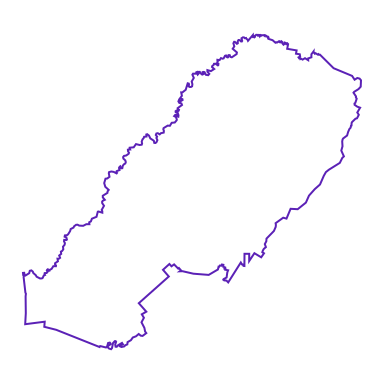 the district of Manawatu District, Manawatu-Wanganui, New Zealand
{"feature_id": "76426892B10896556014", "entity_name": "Manawatu District", "entity_type": "district", "adm_level": 2, "iso_a3": "NZL", "parent_name": "New Zealand", "parent_adm1": "Manawatu-Wanganui", "projection": "mercator", "projection_center": [175.693, -40.12], "detail": "fine", "context": "isolated", "style": "outline", "palette": "violet", "viewbox_px": 384, "rotation_deg": 0, "n_neighbors": 0, "source": "geoboundaries", "source_scale": "gbopen_adm2", "svg_char_len": 5867}
<svg xmlns="http://www.w3.org/2000/svg" viewBox="0 0 384 384"><path d="M357.3,78.0L354.6,79.7L352.1,75.9L333.6,68.2L320.0,54.7L319.0,54.8L318.5,54.1L317.8,54.6L315.7,53.3L314.9,53.7L314.5,52.8L313.4,52.7L313.5,51.5L311.4,54.3L311.4,57.3L308.2,58.4L308.2,60.2L305.0,58.2L302.6,59.6L300.9,58.6L300.3,59.0L299.9,57.8L299.1,58.2L298.7,57.6L299.3,57.5L299.3,56.8L300.1,56.4L299.8,54.3L296.0,53.7L296.6,50.4L287.2,48.8L288.1,44.1L287.3,43.3L286.2,44.2L285.4,43.5L285.6,42.9L284.8,42.6L284.4,44.0L283.5,44.7L282.4,43.4L282.6,42.3L281.4,41.3L280.8,42.1L279.6,41.2L279.0,41.3L279.1,41.9L278.5,41.6L276.9,42.6L276.1,42.2L275.4,42.7L272.6,40.2L268.3,38.8L268.0,38.0L268.5,37.3L268.1,36.7L266.4,36.5L266.4,35.9L265.1,35.2L264.5,35.1L264.4,35.7L263.9,35.3L261.6,35.2L261.2,35.6L260.8,35.2L260.4,35.7L260.4,35.1L259.8,35.0L259.3,35.9L258.7,35.1L258.0,35.6L257.6,34.9L256.2,34.8L255.1,35.8L255.1,36.7L254.3,37.4L253.9,37.2L254.2,36.1L253.0,36.7L252.9,35.0L248.0,40.8L247.5,39.6L246.1,38.5L246.0,38.0L244.8,38.2L244.2,37.5L243.0,37.3L241.5,38.3L242.2,40.9L241.8,41.5L240.9,41.4L239.7,40.1L238.5,40.0L237.7,41.3L237.8,43.3L236.9,43.8L234.8,41.8L234.1,41.8L233.4,43.3L234.3,46.4L232.7,48.8L236.9,52.4L236.6,54.1L231.8,57.3L230.4,56.9L229.7,55.1L228.6,55.1L228.0,57.3L227.4,57.4L226.6,56.9L226.3,55.5L225.7,55.5L225.0,55.8L223.6,58.4L222.5,58.7L221.0,58.1L219.6,60.1L217.4,59.8L217.4,60.9L217.8,61.3L217.0,63.1L218.4,63.7L218.3,65.1L217.9,65.4L215.3,63.7L214.0,63.8L213.8,64.7L212.2,66.1L212.0,67.0L214.2,69.0L210.9,71.1L207.4,70.1L207.4,71.7L209.3,73.9L208.2,75.2L205.9,74.8L204.5,72.1L203.2,71.9L202.7,72.1L203.4,74.1L202.4,74.6L201.6,74.3L199.8,71.9L199.2,71.9L198.8,73.4L197.7,74.6L197.2,73.5L198.2,72.5L197.6,71.8L196.3,72.2L195.9,73.7L193.0,73.7L192.4,74.7L193.8,77.9L191.7,81.5L192.4,84.2L192.1,86.3L190.9,87.0L189.4,86.9L188.7,86.3L189.0,84.5L188.8,83.6L187.7,83.3L185.7,89.8L182.4,92.4L181.2,92.4L181.9,95.8L179.8,98.6L182.4,99.1L182.6,100.0L180.6,101.2L179.0,100.0L178.4,101.4L179.3,102.9L181.4,103.4L182.0,105.0L177.6,108.2L177.7,109.0L179.0,109.8L178.7,110.7L178.1,111.1L176.4,110.6L175.6,111.2L175.7,112.1L177.7,112.9L178.5,115.3L178.3,116.7L177.4,116.4L176.7,114.7L175.2,114.9L174.2,116.1L175.9,117.0L176.8,119.4L176.7,120.2L174.8,122.5L171.7,122.8L169.9,125.8L167.7,125.6L163.6,128.1L163.3,129.2L163.9,130.9L163.7,132.6L160.9,133.2L159.7,134.4L157.8,133.2L156.4,133.5L155.8,135.0L157.1,136.7L156.4,138.0L157.4,140.1L156.4,142.3L155.4,143.0L154.3,142.9L153.8,140.7L150.3,138.4L149.0,135.6L147.2,134.2L146.3,134.5L146.5,136.5L144.1,136.8L143.6,138.2L142.5,139.4L141.7,141.6L142.1,143.6L141.7,144.7L139.6,145.0L136.0,144.1L133.7,147.3L129.6,147.7L129.5,148.3L130.1,149.5L127.9,149.7L128.0,151.2L129.0,152.8L128.6,153.8L126.2,155.5L124.0,155.9L123.1,157.1L123.4,158.6L125.3,160.4L125.8,162.1L125.3,163.5L123.9,164.3L122.8,165.7L122.3,168.2L121.1,168.3L120.3,166.3L119.7,166.7L119.0,167.9L119.5,170.1L116.7,171.1L116.3,172.2L117.0,172.9L116.6,173.4L113.7,171.9L111.3,171.5L109.1,172.1L108.8,173.2L109.5,176.8L107.2,178.5L105.5,178.7L104.2,183.1L105.3,186.8L108.7,189.9L107.6,191.3L107.4,192.9L102.8,195.7L102.8,197.4L104.8,199.8L102.7,200.8L102.1,201.8L102.2,203.1L104.0,205.8L101.7,209.9L102.3,211.2L102.3,212.7L98.5,211.5L97.8,211.7L96.5,216.8L91.9,218.7L90.9,221.4L89.2,222.3L89.4,224.2L86.3,224.2L83.2,225.8L79.2,225.6L77.6,224.7L76.1,224.8L74.1,226.3L73.5,227.6L70.7,229.0L70.1,231.1L68.1,234.3L67.0,235.2L64.9,235.4L64.6,236.7L66.4,237.6L66.9,239.6L66.3,240.0L64.2,239.9L64.0,241.3L64.9,243.1L64.6,244.8L63.0,246.7L63.3,249.3L62.2,250.9L60.9,251.6L61.2,253.9L59.2,255.5L60.1,257.8L58.7,258.8L57.5,258.7L57.9,261.3L55.1,263.2L55.0,264.2L56.0,265.5L55.9,266.2L53.3,266.2L51.6,268.9L49.8,269.8L49.5,270.7L48.6,270.7L47.8,269.3L47.2,269.7L46.8,270.5L47.6,271.8L46.6,273.0L44.7,273.1L44.5,274.1L45.0,275.0L43.7,275.6L42.7,277.9L41.9,278.4L40.1,278.5L36.6,276.7L35.8,275.2L33.3,273.0L32.8,271.6L31.4,270.4L29.8,270.8L29.2,273.2L25.5,275.5L24.6,274.6L24.2,272.8L23.0,272.9L23.2,275.2L24.0,276.1L23.6,277.0L25.4,292.6L25.9,293.7L25.6,296.4L25.8,313.3L25.2,324.2L44.7,321.7L44.3,326.8L56.2,329.8L99.5,347.0L99.7,346.3L100.4,346.1L106.0,347.5L107.2,346.2L108.1,343.0L109.8,342.6L110.6,343.5L110.6,344.2L108.1,346.0L107.6,347.2L109.1,348.6L111.1,349.2L112.0,348.1L113.0,343.1L114.8,341.1L115.6,341.1L116.1,341.8L115.2,344.6L115.6,346.7L116.7,346.8L118.0,345.3L122.0,342.9L122.9,344.3L120.4,345.3L119.9,346.3L121.5,347.0L124.2,346.4L125.4,345.2L127.3,344.4L127.6,342.1L130.9,340.2L132.8,337.5L136.0,336.3L138.7,334.0L140.8,335.7L142.6,335.9L146.3,333.1L145.1,331.5L144.4,327.9L141.5,322.3L143.9,317.8L141.8,314.3L146.3,311.7L138.8,303.2L168.8,276.5L163.0,269.8L169.4,264.0L171.5,266.3L174.1,264.4L178.2,268.6L178.9,268.0L181.0,270.4L179.8,271.3L182.5,271.2L193.4,273.7L208.7,274.9L217.9,269.5L218.5,267.0L218.8,267.2L219.9,265.5L221.3,265.7L221.9,264.5L223.4,264.8L223.2,266.7L225.0,267.4L224.5,268.5L225.4,268.6L225.2,269.7L228.1,270.3L227.3,272.4L226.6,277.5L223.6,279.1L223.3,279.7L224.2,280.4L226.5,280.6L228.2,282.4L240.8,262.5L241.9,264.4L242.6,264.4L243.5,265.9L244.4,266.0L244.5,253.8L249.2,253.8L249.2,261.0L254.4,253.2L261.2,257.3L264.0,253.3L262.3,252.2L262.9,250.5L263.8,248.9L265.9,247.1L264.8,244.1L266.3,241.3L266.5,238.6L273.9,231.0L275.7,226.9L275.9,224.9L275.6,223.2L283.2,217.7L286.5,218.6L290.6,208.8L297.7,209.2L305.9,202.6L309.0,195.6L314.8,189.1L320.0,184.5L323.8,175.8L325.9,172.1L328.9,169.7L339.8,162.9L342.3,157.9L343.9,156.4L341.3,150.6L342.5,146.3L342.2,141.4L342.6,139.4L343.1,138.5L347.1,135.5L348.1,132.0L349.4,129.0L350.6,127.7L351.0,125.7L351.5,125.5L351.6,123.0L352.1,122.0L355.5,118.7L357.0,118.3L358.8,114.8L357.3,112.5L360.1,107.7L357.3,106.7L354.6,104.8L354.5,103.5L355.3,102.9L356.7,98.7L355.9,97.4L356.0,96.4L353.5,92.7L354.2,91.8L358.5,89.1L360.7,86.7L361.0,80.3L359.6,78.6L357.3,78.0Z" fill="none" stroke="#5b21b6" stroke-width="2"/></svg>